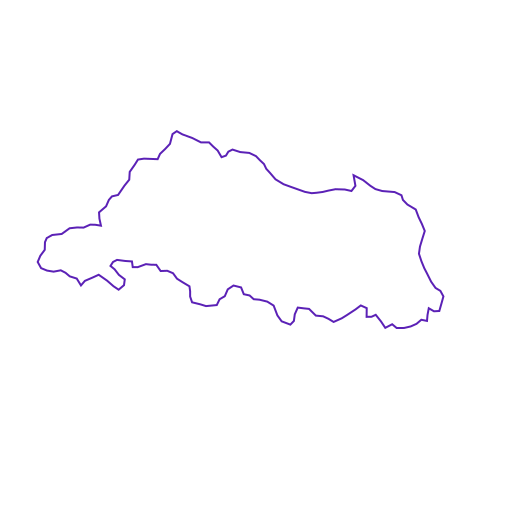 Campina do Monte Alegre, São Paulo, Brazil, rotated 305°
{"feature_id": "56859067B72444966760519", "entity_name": "Campina do Monte Alegre", "entity_type": "district", "adm_level": 2, "iso_a3": "BRA", "parent_name": "Brazil", "parent_adm1": "São Paulo", "projection": "robinson", "projection_center": [-48.452, -23.612], "detail": "fine", "context": "isolated", "style": "outline", "palette": "violet", "viewbox_px": 512, "rotation_deg": 305, "n_neighbors": 0, "source": "geoboundaries", "source_scale": "gbopen_adm2", "svg_char_len": 2181}
<svg xmlns="http://www.w3.org/2000/svg" viewBox="0 0 512 512"><g transform="rotate(305 256 256)"><path d="M131.5,129.5L137.5,130.1L144.6,134.5L150.4,137.9L150.4,148.1L149.5,156.6L149.6,162.8L156.4,164.6L161.6,161.9L161.9,154.5L164.0,147.8L164.4,142.5L169.1,142.3L173.1,144.4L176.9,151.7L180.4,157.5L176.2,161.4L179.0,165.5L186.2,170.5L188.6,174.9L191.6,179.4L189.0,186.5L193.0,191.8L194.3,197.9L192.1,204.3L192.4,210.8L193.0,218.9L189.3,222.3L185.0,225.3L181.4,230.2L184.5,238.2L186.3,243.8L193.3,252.0L199.7,251.0L205.2,253.5L212.5,252.0L218.9,254.5L221.7,261.8L217.7,267.9L220.0,273.4L219.3,278.9L222.2,283.9L225.1,291.4L225.5,298.9L219.6,307.6L217.2,314.5L219.5,323.5L224.5,324.3L230.5,321.2L237.7,319.8L240.5,325.1L243.1,329.8L241.5,339.2L245.1,345.6L246.1,351.4L246.5,357.4L254.2,362.0L259.6,364.3L269.4,368.2L275.6,370.2L276.8,376.6L269.6,381.5L272.5,385.5L276.5,387.8L274.1,395.9L271.3,403.1L278.2,406.7L277.7,412.5L282.0,418.6L287.0,423.1L292.5,426.4L298.6,428.0L300.9,433.3L306.1,430.3L312.3,427.5L312.8,433.5L316.1,437.7L324.2,434.9L330.4,432.7L333.2,427.0L332.8,421.4L335.4,414.2L339.9,405.9L342.5,400.9L346.6,394.5L351.3,388.2L357.8,384.9L365.7,382.3L373.3,379.9L377.4,373.5L381.1,366.9L385.7,360.2L385.0,350.5L386.2,344.2L389.2,340.3L387.9,332.9L381.6,322.1L379.3,315.4L379.1,309.4L379.6,300.2L378.1,289.6L370.5,297.2L364.0,296.9L361.4,290.6L356.3,282.8L351.1,277.8L346.7,273.9L342.5,269.3L339.4,265.6L336.6,259.3L332.7,245.2L330.6,237.4L330.0,228.0L332.1,219.8L333.3,214.4L335.9,209.8L336.7,204.3L337.8,198.7L336.6,191.4L332.1,183.5L329.7,175.7L325.6,173.5L321.0,173.8L317.2,171.1L320.4,164.1L321.1,158.2L322.1,152.4L317.5,145.8L316.1,136.1L313.4,125.9L312.8,119.5L308.0,117.7L298.5,121.2L291.5,120.2L284.6,118.8L278.9,119.9L271.5,108.4L267.3,104.0L261.3,104.3L252.5,104.3L245.8,108.4L238.2,107.9L226.9,108.0L222.2,103.8L217.6,103.3L210.7,104.7L201.7,102.4L196.8,106.3L191.9,111.6L189.5,106.6L186.6,102.2L180.4,98.5L176.7,93.0L171.8,87.4L162.6,84.2L156.3,77.0L150.7,74.3L146.3,75.2L139.9,79.4L132.5,79.2L125.9,80.6L122.8,86.9L124.2,93.2L127.1,99.2L132.3,104.3L133.0,109.6L132.5,115.1L134.7,122.1L131.5,129.5Z" fill="none" stroke="#5b21b6" stroke-width="2"/></g></svg>